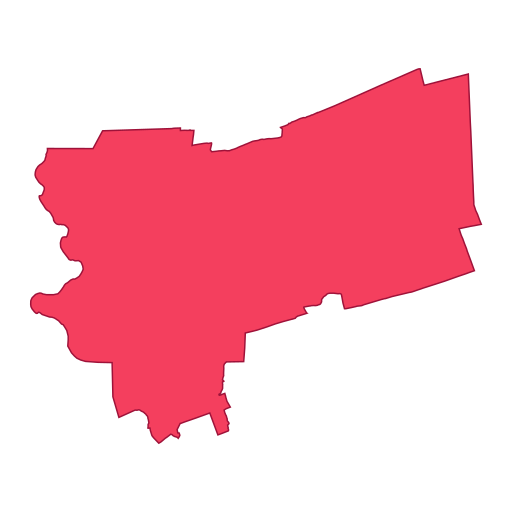 Curtisoara, Olt, Romania
{"feature_id": "2599482B14580718178390", "entity_name": "Curtisoara", "entity_type": "district", "adm_level": 2, "iso_a3": "ROU", "parent_name": "Romania", "parent_adm1": "Olt", "projection": "orthographic", "projection_center": [24.348, 44.485], "detail": "fine", "context": "isolated", "style": "filled", "palette": "rose", "viewbox_px": 512, "rotation_deg": 0, "n_neighbors": 0, "source": "geoboundaries", "source_scale": "gbopen_adm2", "svg_char_len": 5971}
<svg xmlns="http://www.w3.org/2000/svg" viewBox="0 0 512 512"><path d="M148.0,428.2L149.1,428.1L150.0,428.1L150.3,430.3L151.8,435.2L152.4,436.3L154.0,438.2L156.4,440.7L158.8,443.2L161.0,441.9L165.6,438.0L166.5,437.5L170.8,434.2L172.1,434.7L173.0,435.6L174.4,436.4L175.7,436.8L176.8,437.1L177.6,437.6L178.2,438.3L179.0,437.1L179.8,435.5L179.7,434.7L179.1,433.0L177.8,432.9L177.1,429.6L180.2,423.4L180.7,423.4L185.0,421.8L196.8,417.7L197.3,417.5L209.8,413.0L217.9,434.9L222.2,433.3L228.3,430.9L228.5,430.5L228.5,429.4L228.3,428.8L228.0,428.3L228.2,427.5L227.8,426.6L227.8,425.8L227.6,425.1L228.9,423.8L229.0,423.6L229.0,423.4L228.8,422.8L228.5,422.3L228.2,421.9L227.7,421.3L227.4,420.9L227.2,420.2L227.2,418.9L226.7,417.5L226.3,415.9L225.8,415.1L224.8,412.7L224.2,410.5L224.1,410.0L225.7,409.0L226.2,408.7L230.3,407.1L229.1,405.0L228.2,403.4L227.0,401.4L225.8,397.3L225.5,395.8L225.2,394.9L224.8,393.4L222.8,394.1L220.9,394.9L219.7,395.3L219.2,395.2L219.0,394.6L219.0,394.3L219.2,394.1L220.1,393.7L220.9,392.8L220.9,392.1L221.4,391.0L222.1,389.8L222.6,388.4L222.6,385.4L222.7,384.4L222.6,384.2L222.5,383.1L222.5,381.9L222.7,381.7L223.2,381.5L223.6,381.5L223.8,381.4L223.9,381.2L223.5,380.8L223.1,380.6L222.8,380.2L222.5,379.8L222.5,379.5L222.7,379.3L222.8,378.0L223.3,376.7L223.7,375.6L223.6,375.1L223.6,372.9L223.8,368.4L223.7,366.0L224.2,364.3L224.4,364.0L224.9,363.4L226.4,361.9L243.7,361.6L244.7,348.4L245.3,333.0L252.4,331.3L257.1,330.1L267.2,326.8L275.3,323.9L283.3,321.5L295.2,318.3L296.1,317.2L297.5,316.2L306.2,313.5L307.0,313.2L306.7,313.0L306.5,312.8L304.3,308.9L303.8,307.6L303.8,307.2L304.0,307.0L308.8,306.1L310.5,305.9L311.1,305.7L313.4,305.5L315.5,305.6L316.8,305.4L317.3,305.3L317.9,305.1L318.3,304.8L318.8,304.6L319.4,304.6L320.0,304.3L320.6,303.7L321.4,302.3L321.6,301.6L321.6,301.0L321.6,300.0L321.7,299.4L322.4,298.4L323.0,297.7L323.5,296.9L324.3,296.3L325.6,295.5L327.2,293.9L327.8,293.6L329.8,293.2L333.7,293.2L334.5,293.3L337.8,293.7L338.5,293.7L339.5,293.6L340.4,293.7L341.0,294.0L341.2,294.3L341.4,294.6L341.9,296.9L343.0,303.1L344.4,308.3L344.5,308.7L345.8,308.7L351.2,307.6L356.1,306.5L356.9,306.2L360.5,305.8L361.8,305.6L363.9,304.7L381.3,299.5L384.4,298.7L385.4,298.6L392.2,296.5L409.4,292.4L410.2,292.3L411.7,292.0L414.4,291.1L418.1,289.8L420.3,289.1L423.4,288.0L436.8,283.7L444.8,281.1L458.0,276.4L465.7,273.8L469.2,272.5L474.4,270.7L470.1,258.9L467.2,251.1L466.5,248.7L464.4,243.4L462.7,238.6L461.6,236.2L460.9,234.4L459.1,228.7L470.5,226.3L474.6,225.6L481.3,224.3L479.4,219.5L477.5,214.3L476.6,212.4L475.7,210.5L474.9,207.9L473.9,205.0L473.8,203.7L473.8,201.9L473.5,196.0L473.2,189.3L473.1,185.3L472.9,181.6L470.8,131.9L470.3,122.3L468.3,74.0L424.2,85.3L423.0,80.9L420.9,72.1L420.1,68.8L418.7,68.9L417.1,69.4L380.0,85.6L334.2,106.0L317.5,112.8L317.4,112.6L312.5,114.9L311.6,115.0L309.8,115.9L306.9,116.8L305.6,117.6L305.0,117.7L303.6,117.6L300.4,118.5L299.0,119.1L296.6,120.3L294.2,121.3L293.0,121.7L291.9,122.0L289.9,123.5L289.0,123.3L288.2,124.3L287.8,124.7L287.1,125.0L284.7,126.0L280.5,127.4L280.7,127.7L282.0,128.6L282.2,128.9L282.3,129.2L282.3,130.0L282.3,131.0L282.2,131.6L282.2,132.8L282.0,134.2L281.9,135.9L281.3,136.8L280.9,137.1L279.8,137.5L277.6,138.0L271.3,138.7L270.1,138.7L269.3,138.6L268.1,138.7L265.9,139.0L265.0,139.3L263.2,139.4L262.7,139.3L262.4,139.2L261.0,139.4L260.1,139.6L258.5,140.3L256.3,140.7L254.7,140.9L252.7,141.3L246.9,143.8L245.5,144.3L243.0,145.4L240.4,146.4L237.9,147.5L237.2,147.9L235.8,148.5L234.2,149.1L231.7,149.8L230.2,150.4L229.6,150.7L229.1,150.7L227.4,150.8L225.3,150.5L224.7,150.4L220.8,150.8L218.9,150.9L216.1,151.3L214.9,151.4L212.2,151.7L211.7,151.7L210.5,150.2L210.4,149.8L210.4,149.3L210.7,147.9L210.9,147.1L211.5,144.5L211.6,143.1L211.4,142.9L208.3,143.4L208.0,143.4L207.1,143.1L203.8,143.4L194.1,145.0L192.1,145.5L193.1,137.2L193.5,134.7L193.9,130.4L190.3,130.4L190.3,130.1L189.8,130.1L189.8,130.3L187.5,130.4L184.7,130.3L180.4,130.5L180.4,128.0L174.9,128.2L173.4,128.3L171.7,128.6L102.6,130.8L93.0,148.6L47.4,148.5L47.5,150.5L47.1,152.0L46.7,153.1L46.1,154.2L46.0,154.8L46.2,155.5L45.9,156.7L45.4,158.0L44.9,160.2L44.0,161.4L41.9,163.5L39.6,165.0L38.0,166.5L36.9,168.2L36.0,169.7L35.4,171.8L35.2,173.4L35.1,175.0L35.7,177.2L37.4,179.9L39.0,182.3L40.8,184.0L41.7,184.5L43.2,185.9L43.7,186.5L44.3,187.5L44.2,189.9L43.3,192.2L42.5,194.4L41.8,195.2L40.8,195.7L39.4,195.8L39.2,196.2L39.2,197.0L39.4,198.0L39.8,199.3L41.1,201.7L43.9,205.9L45.1,207.9L46.4,209.6L48.2,210.9L49.2,211.4L50.7,213.2L53.2,217.6L53.4,218.6L53.7,220.5L54.7,222.2L56.0,223.5L57.2,224.2L59.2,224.6L59.8,224.4L60.9,224.4L62.0,224.7L63.3,224.6L65.2,225.3L67.3,227.3L68.1,228.2L68.5,229.4L68.5,230.5L68.3,231.8L67.8,234.0L67.2,235.5L66.9,236.4L66.4,237.0L65.1,236.9L63.7,237.0L62.6,237.3L61.7,238.3L60.9,240.7L60.4,243.0L60.7,247.0L61.1,248.0L63.3,251.8L68.1,258.0L68.6,258.9L69.3,259.6L69.8,259.8L70.5,260.1L71.1,260.1L72.7,259.8L75.0,260.8L75.7,260.8L78.6,260.6L81.1,262.2L82.7,266.0L83.2,269.1L82.4,271.2L81.1,273.6L79.2,276.4L76.5,278.2L74.7,279.1L73.1,279.0L70.8,280.0L67.6,282.7L65.6,283.8L64.4,285.2L63.4,287.0L62.6,288.1L61.4,289.9L59.7,292.0L57.9,293.8L53.5,294.7L46.6,294.7L42.9,294.0L41.5,293.3L39.9,293.0L37.6,293.6L35.5,294.5L32.2,297.7L31.3,299.5L30.8,300.9L30.7,304.4L31.0,306.7L32.1,308.9L34.4,311.8L36.0,313.2L36.8,313.4L37.5,313.2L38.1,312.6L38.8,312.2L40.0,312.7L42.2,314.5L49.5,317.0L52.0,317.2L54.4,318.0L58.6,320.7L61.5,324.0L63.2,324.7L64.9,327.3L66.8,330.5L68.2,336.1L68.2,339.9L67.8,346.1L71.5,352.8L74.4,356.0L76.9,358.2L80.7,360.0L85.5,361.4L98.0,362.3L112.1,362.6L112.9,396.8L118.9,417.4L134.4,410.4L135.2,410.1L136.7,410.2L137.6,410.1L138.5,409.8L139.4,409.9L139.9,410.1L141.3,411.1L143.1,411.9L144.0,412.5L144.5,413.1L145.7,414.0L146.0,414.5L146.6,415.3L147.2,415.8L147.6,416.6L147.9,417.5L147.9,418.0L148.0,418.6L148.3,419.5L148.9,422.9L148.5,423.7L148.3,424.0L148.2,424.2L148.1,424.6L148.1,426.8L148.0,427.5L147.9,427.9L148.0,428.2Z" fill="#f43f5e" stroke="#9f1239" stroke-width="1.5"/></svg>